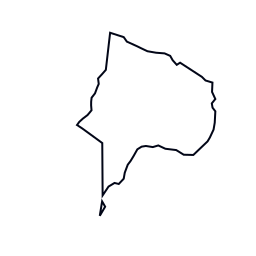 outline of São Francisco, Paraíba, Brazil, rotated 127°
{"feature_id": "56859067B77351971445898", "entity_name": "São Francisco", "entity_type": "district", "adm_level": 2, "iso_a3": "BRA", "parent_name": "Brazil", "parent_adm1": "Paraíba", "projection": "orthographic", "projection_center": [-38.051, -6.637], "detail": "fine", "context": "isolated", "style": "outline", "palette": "ink", "viewbox_px": 256, "rotation_deg": 127, "n_neighbors": 0, "source": "geoboundaries", "source_scale": "gbopen_adm2", "svg_char_len": 888}
<svg xmlns="http://www.w3.org/2000/svg" viewBox="0 0 256 256"><g transform="rotate(127 128 128)"><path d="M156.3,170.5L155.9,164.5L155.5,139.5L197.1,107.7L186.5,108.3L180.0,105.7L178.3,101.7L171.1,100.9L165.6,103.7L157.5,106.1L152.7,106.1L146.8,106.7L139.4,107.7L134.7,105.9L131.6,102.9L128.3,96.7L123.7,93.3L122.1,85.7L116.6,76.2L115.8,67.4L110.2,59.6L90.8,56.4L86.3,56.9L77.8,58.7L71.6,61.9L62.1,68.3L60.9,72.7L57.9,75.9L52.3,75.7L48.6,82.6L40.9,87.9L43.4,94.7L42.7,99.7L44.5,125.7L48.2,127.1L47.0,133.1L45.0,137.7L46.4,143.7L51.0,150.9L55.0,158.7L56.4,165.5L57.2,169.7L59.7,180.9L58.0,186.1L62.7,199.6L69.7,195.5L94.9,180.7L100.4,181.1L106.5,181.7L110.4,177.9L114.2,177.0L120.2,175.2L125.7,175.3L129.1,173.3L132.1,171.1L135.8,167.8L142.0,168.1L147.7,169.7L152.5,170.6L156.3,170.5ZM215.1,97.7L204.6,98.9L202.2,104.5L215.1,97.7Z" fill="none" stroke="#020617" stroke-width="2"/></g></svg>